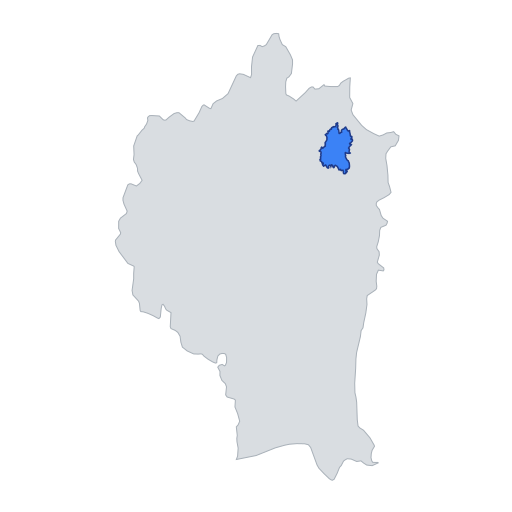 Rechytsa, Gomel, Belarus shown in context, rotated 271°
{"feature_id": "67162791B36955231142498", "entity_name": "Rechytsa", "entity_type": "district", "adm_level": 2, "iso_a3": "BLR", "parent_name": "Belarus", "parent_adm1": "Gomel", "projection": "equal_earth", "projection_center": [30.22, 52.327], "detail": "fine", "context": "in_parent", "style": "filled", "palette": "blue", "viewbox_px": 512, "rotation_deg": 271, "n_neighbors": 0, "source": "geoboundaries", "source_scale": "gbopen_adm2", "svg_char_len": 9494}
<svg xmlns="http://www.w3.org/2000/svg" viewBox="0 0 512 512"><g transform="rotate(271 256 256)"><path d="M435.7,347.2L426.8,346.8L416.1,346.9L410.1,350.2L403.6,348.6L399.0,350.4L388.4,359.4L384.3,364.2L380.4,371.6L378.0,377.1L379.3,381.0L381.3,384.6L381.8,388.5L382.7,391.5L380.1,393.7L378.6,396.9L374.1,396.4L368.6,393.3L367.5,388.9L363.2,385.8L360.5,384.2L355.9,384.0L348.6,385.4L339.0,386.5L331.8,386.8L327.8,388.3L322.0,389.9L319.8,388.1L316.6,383.1L314.0,378.1L312.2,375.9L310.6,375.3L308.6,375.4L306.4,377.0L304.7,378.6L298.6,380.5L296.0,382.3L293.0,386.9L291.1,386.5L289.1,385.5L286.8,380.3L283.7,379.2L278.6,379.1L272.4,378.0L267.3,376.5L265.4,376.8L262.4,379.0L259.1,379.3L252.0,377.4L250.5,378.3L246.3,383.9L244.4,384.2L243.3,383.5L244.0,378.6L239.8,376.8L232.8,376.6L227.9,377.3L225.5,377.1L224.2,376.1L218.4,367.9L215.2,367.4L209.5,367.8L201.0,366.8L191.4,364.9L186.0,364.2L183.3,362.4L177.3,361.8L161.4,358.3L154.8,357.7L145.2,357.6L130.5,356.9L121.0,357.3L116.6,358.4L111.6,359.2L94.1,360.1L87.8,361.0L85.9,362.8L83.7,366.5L76.2,373.1L69.0,377.4L67.8,377.8L63.8,375.5L60.4,374.7L56.4,374.5L53.5,375.2L51.7,376.3L51.7,381.4L51.3,381.8L48.4,375.8L48.9,370.4L50.8,367.3L53.0,364.5L52.3,360.3L54.6,354.8L54.9,350.8L54.0,349.1L52.5,347.1L48.0,344.9L46.1,343.2L40.1,340.9L34.1,338.0L33.1,336.2L33.5,335.0L34.6,333.2L39.5,327.9L44.8,322.7L48.1,320.7L65.5,314.0L68.2,311.7L69.1,307.8L69.1,300.0L68.4,292.8L67.3,287.9L64.5,278.6L56.5,259.6L52.2,239.9L55.6,241.1L63.6,241.5L70.1,240.2L73.4,240.0L76.3,240.4L84.8,239.3L86.9,241.1L90.5,242.6L98.1,240.4L104.7,237.6L111.5,237.9L112.6,236.6L114.5,229.6L116.6,228.1L124.7,228.8L127.8,227.6L131.0,224.1L135.9,222.0L139.9,222.0L144.2,219.7L146.1,221.2L147.0,224.1L145.6,226.4L146.2,227.3L149.0,228.4L154.0,228.4L157.2,227.4L157.9,226.1L158.0,223.8L157.3,221.5L155.3,219.6L151.4,218.7L148.6,218.6L148.2,217.4L149.2,214.8L151.8,210.1L154.9,205.8L156.8,204.1L157.2,202.7L156.9,200.0L157.0,195.4L159.9,188.8L163.6,184.0L168.5,182.4L174.4,181.5L178.2,179.2L180.2,176.5L181.9,172.3L183.8,171.5L197.9,172.0L200.2,167.8L201.4,166.7L204.2,165.4L206.1,163.9L205.4,162.8L201.8,162.1L193.3,161.4L191.7,160.0L192.3,158.4L194.6,154.1L196.9,148.6L198.2,144.3L198.4,141.8L199.6,141.1L206.5,140.3L208.8,139.4L214.9,133.6L219.4,132.7L231.1,134.1L236.4,134.0L243.2,134.4L243.8,133.9L246.3,128.1L258.0,119.0L264.2,115.8L268.1,115.1L269.5,115.3L275.6,120.1L277.0,120.3L281.1,118.2L288.3,118.1L291.5,119.8L296.2,125.7L298.6,126.4L305.6,123.1L309.4,122.0L311.9,122.0L324.9,126.6L325.9,128.1L326.0,129.8L323.9,135.2L326.6,138.6L329.7,140.8L336.5,137.1L338.9,136.1L341.6,136.0L345.3,134.6L347.9,132.6L350.4,131.8L355.2,132.3L363.9,131.8L374.0,135.1L374.9,136.1L379.9,139.9L381.7,141.9L383.4,142.5L386.1,144.3L389.7,145.5L392.2,145.1L393.4,145.8L394.5,147.2L394.6,149.8L394.3,156.9L390.7,160.7L390.2,162.0L390.4,163.6L393.3,166.7L397.0,171.6L397.9,174.4L397.9,176.5L392.9,182.7L391.2,184.2L390.0,187.3L389.4,190.4L389.8,191.7L398.3,196.6L404.6,199.3L406.0,200.7L406.2,201.5L402.9,206.8L402.5,208.3L407.6,210.5L410.4,214.0L412.9,219.7L417.8,225.2L435.8,233.2L437.4,234.7L437.9,236.4L437.4,240.2L434.2,247.4L437.3,248.4L445.2,248.2L454.9,249.1L466.5,254.2L466.6,256.4L465.4,258.5L466.2,260.7L467.5,262.6L477.6,268.3L478.6,270.0L478.9,272.8L478.6,274.8L475.8,275.2L472.8,276.2L467.8,278.6L465.8,282.1L457.7,286.9L452.7,289.1L448.7,289.2L439.1,288.2L435.7,285.8L434.3,283.7L430.6,282.7L425.7,282.6L418.9,283.0L417.6,283.6L416.5,286.3L413.7,290.8L411.6,293.4L420.3,302.5L424.6,306.2L426.0,308.5L426.0,310.1L423.9,312.0L424.3,315.9L428.5,321.0L427.1,321.8L426.7,328.0L426.8,334.7L428.0,336.4L430.3,337.7L432.2,340.1L435.5,345.7L435.7,347.2Z" fill="#d9dde1" stroke="#a8b0b8" stroke-width="1"/><path d="M352.2,318.6L352.1,318.8L351.9,319.2L351.8,319.6L351.6,319.9L351.0,320.1L350.6,320.2L350.2,320.3L349.9,320.6L350.0,321.1L350.2,321.3L350.0,321.6L349.5,321.6L349.1,321.5L348.9,321.1L348.7,320.9L348.4,321.0L347.9,321.3L347.6,321.5L347.3,321.8L347.0,322.0L347.1,322.3L347.4,322.5L347.6,322.7L347.7,323.1L347.9,323.5L348.2,324.0L347.9,324.4L347.5,324.5L347.0,324.7L346.8,324.8L346.5,325.0L346.4,325.1L346.1,325.3L345.7,325.6L345.4,325.9L345.2,326.3L345.2,327.0L345.6,327.2L346.1,327.1L346.4,327.0L346.8,326.9L347.0,326.9L347.3,327.1L347.5,327.3L348.0,327.7L348.1,328.2L348.0,328.4L347.8,328.6L347.6,328.8L347.4,329.1L346.8,329.3L347.1,329.4L347.5,329.5L348.0,329.5L348.3,329.6L348.5,329.8L348.5,330.0L348.4,330.3L347.9,330.8L347.3,331.1L346.6,331.3L346.2,331.6L345.9,331.8L345.7,332.0L345.8,332.4L346.1,332.6L346.5,332.6L347.3,332.7L347.4,333.1L347.6,333.3L348.0,333.5L348.1,333.8L348.0,334.0L347.7,334.3L347.6,334.5L347.5,334.8L347.3,335.2L347.1,335.5L346.6,335.9L346.3,336.1L345.8,336.3L345.5,336.5L345.1,336.8L344.6,337.0L344.2,337.2L343.8,337.3L343.5,337.5L343.5,337.8L343.7,338.1L344.0,338.5L344.1,338.8L344.0,339.1L343.5,339.2L343.1,339.4L342.9,339.7L342.9,340.0L343.0,340.4L343.2,340.7L343.2,341.1L343.2,341.5L342.7,341.6L342.4,341.8L341.9,341.9L341.5,341.9L340.9,341.9L340.5,342.0L340.2,342.1L339.9,342.3L339.8,342.7L339.8,343.0L339.8,343.4L339.8,343.7L340.0,344.0L340.4,344.2L340.7,344.3L340.9,344.3L340.8,344.6L340.9,344.9L341.2,345.0L341.4,345.0L341.7,345.2L341.9,345.6L342.1,345.7L342.4,345.6L342.6,345.4L342.6,344.8L342.6,344.6L342.9,344.4L343.3,344.3L343.6,344.3L344.0,344.4L344.2,344.6L344.1,344.9L344.0,345.1L344.0,345.3L344.0,345.6L344.1,345.8L344.4,346.0L344.4,346.3L344.4,346.5L344.6,346.6L345.0,346.8L345.3,347.0L345.3,347.4L345.4,347.6L345.7,347.7L346.1,347.8L346.6,347.8L347.1,347.9L347.8,347.9L348.4,347.8L348.9,347.8L349.1,347.7L349.7,347.7L350.2,347.6L350.6,347.6L350.8,347.5L351.1,347.3L351.3,347.2L351.6,347.0L352.0,346.9L352.5,346.7L352.8,346.6L353.0,346.1L353.3,345.7L353.6,345.5L354.1,345.0L355.0,344.6L355.8,344.1L356.5,343.8L356.9,343.7L357.1,343.7L357.4,343.8L357.7,343.9L357.9,344.0L358.1,343.9L358.4,343.7L358.6,343.6L358.9,343.6L359.3,343.6L359.6,343.6L359.9,343.6L360.2,343.5L360.4,343.4L360.7,343.4L360.9,343.6L361.0,343.8L360.8,344.0L360.6,344.3L360.5,344.8L360.4,345.3L360.3,346.1L360.2,347.3L360.4,347.7L360.4,348.2L360.6,348.4L360.8,348.2L361.0,347.8L361.1,347.6L361.4,347.4L361.7,347.3L362.1,347.3L362.4,347.3L362.9,347.4L363.1,347.4L363.4,347.5L364.0,347.6L364.5,347.5L364.8,347.3L365.1,347.0L365.1,346.8L365.4,346.7L365.7,346.7L365.9,346.9L366.1,347.1L366.3,347.2L366.8,347.4L367.1,347.6L367.5,348.0L367.9,348.5L368.3,348.9L368.9,349.3L369.0,348.9L369.3,348.7L369.4,348.3L369.5,347.9L369.8,347.7L370.1,347.6L370.4,347.8L370.5,348.2L370.6,348.5L370.8,348.8L371.4,349.2L371.8,349.6L372.2,349.9L372.5,350.2L372.8,350.4L373.4,350.5L373.9,350.4L374.2,350.2L374.2,349.9L374.3,349.5L374.3,349.1L374.5,348.9L374.8,348.9L375.1,349.1L375.2,349.4L375.3,349.7L375.6,349.8L376.0,349.7L376.4,349.6L376.8,349.8L377.2,349.6L377.3,349.4L377.1,349.1L377.2,348.8L377.5,348.4L378.2,348.2L378.8,348.1L379.7,348.0L380.3,347.8L380.8,347.7L381.1,347.6L381.4,347.4L381.8,347.3L382.1,347.4L382.3,347.4L382.6,347.5L382.8,347.4L383.0,347.2L382.9,346.9L382.8,346.6L382.6,346.4L382.6,346.0L382.8,345.7L383.0,345.5L383.3,345.3L383.9,344.9L384.6,344.5L385.4,344.0L385.9,343.6L386.4,343.4L386.1,342.8L385.4,342.3L385.1,341.9L384.4,341.5L384.4,340.8L383.9,339.9L383.6,339.6L383.1,339.3L382.6,339.2L382.3,339.2L381.9,339.4L381.5,339.4L381.2,339.4L381.2,339.0L381.0,338.6L380.6,338.2L380.0,337.6L380.0,337.1L380.4,336.8L381.3,336.8L382.3,336.6L382.7,336.6L383.7,336.3L384.0,336.2L384.2,335.6L385.0,335.6L385.4,335.6L385.9,335.3L386.2,335.0L386.6,335.3L386.8,335.5L387.0,335.6L387.4,335.7L387.8,335.6L388.1,335.5L388.5,335.3L388.9,335.1L389.5,335.1L390.0,335.4L390.3,335.4L390.6,335.1L390.5,334.8L390.1,334.4L389.9,334.0L389.6,333.6L389.4,333.6L389.2,333.7L388.9,333.8L388.3,333.8L387.6,333.6L387.0,333.2L386.7,333.0L386.6,332.6L386.7,332.2L386.5,331.7L386.4,331.5L386.6,331.4L386.7,331.2L386.4,330.7L386.2,330.4L385.9,330.1L385.8,329.7L385.6,329.4L385.1,329.2L384.8,329.3L384.3,329.2L384.1,329.0L384.2,328.8L384.2,328.5L384.0,328.1L383.7,327.8L383.4,327.6L383.1,327.5L382.6,327.3L382.1,327.2L382.0,326.7L382.3,326.0L382.0,325.8L381.8,325.7L381.4,325.7L381.1,325.8L380.7,325.9L380.2,325.9L379.6,325.6L379.4,325.3L379.5,325.1L379.6,324.7L379.7,324.4L379.3,324.1L379.0,323.9L378.7,323.6L378.4,323.2L378.1,323.4L377.9,323.6L377.6,324.0L377.4,324.3L377.1,324.4L376.5,324.6L376.1,324.7L375.7,324.9L375.4,324.9L374.9,324.9L374.6,324.8L374.2,324.9L373.8,324.9L373.4,324.8L373.2,324.7L372.9,324.6L372.5,324.4L372.3,324.3L371.9,324.0L371.5,323.8L371.0,323.4L370.7,323.2L370.3,323.1L369.9,323.1L369.6,323.3L369.4,323.5L369.2,323.5L368.8,323.4L368.6,323.3L368.2,323.1L367.9,323.1L367.7,323.2L367.4,323.4L367.1,323.4L366.9,323.2L366.6,322.7L366.4,322.5L366.2,322.1L365.9,321.8L365.6,321.5L365.3,321.3L365.1,321.1L364.9,320.8L365.1,320.4L365.4,320.3L365.7,320.2L365.9,320.0L366.0,319.8L365.8,319.6L365.6,319.4L365.2,319.3L364.8,319.2L364.4,319.2L363.9,319.0L363.6,318.8L363.3,318.5L363.1,318.4L363.0,318.2L362.8,317.9L362.7,317.7L362.4,317.4L362.1,317.4L361.9,317.5L361.7,317.9L361.6,318.4L361.6,318.6L361.5,318.9L361.2,319.1L360.8,319.2L360.5,319.3L360.1,319.3L359.8,319.3L359.6,319.1L359.2,319.0L358.9,319.0L358.6,319.0L358.3,319.1L357.9,319.2L357.6,319.2L357.3,319.2L357.0,319.1L356.7,319.0L356.5,318.8L356.3,318.8L355.9,318.7L355.7,318.8L355.3,319.0L355.2,319.0L354.8,318.9L354.6,318.8L354.4,318.8L354.0,319.0L353.9,319.0L353.8,318.9L353.8,318.7L353.7,318.5L353.6,318.3L353.2,318.3L352.9,318.5L352.6,318.6L352.2,318.6Z" fill="#3b82f6" stroke="#1e3a8a" stroke-width="1.5"/></g></svg>